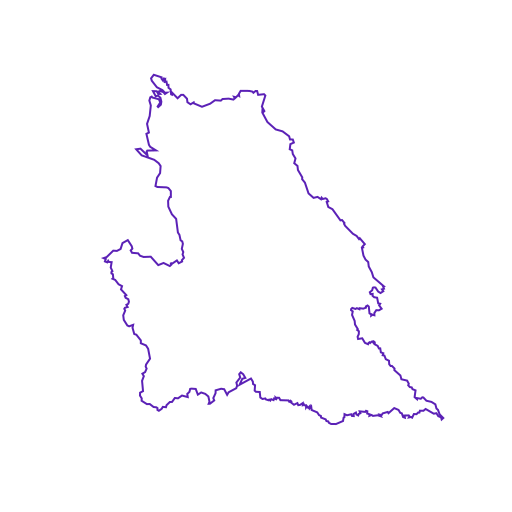 outline of Bago, Bago, Myanmar, rotated 168°
{"feature_id": "60261553B52408869304596", "entity_name": "Bago", "entity_type": "district", "adm_level": 2, "iso_a3": "MMR", "parent_name": "Myanmar", "parent_adm1": "Bago", "projection": "orthographic", "projection_center": [96.537, 17.659], "detail": "fine", "context": "isolated", "style": "outline", "palette": "violet", "viewbox_px": 512, "rotation_deg": 168, "n_neighbors": 0, "source": "geoboundaries", "source_scale": "gbopen_adm2", "svg_char_len": 6075}
<svg xmlns="http://www.w3.org/2000/svg" viewBox="0 0 512 512"><g transform="rotate(168 256 256)"><path d="M383.2,124.8L380.1,126.1L378.5,127.8L375.5,126.8L374.5,128.7L370.6,131.1L368.5,130.7L364.9,134.0L361.9,133.0L357.4,134.9L352.1,132.2L351.9,135.4L349.4,136.9L348.0,139.7L346.8,139.7L342.6,138.5L341.7,132.5L338.0,133.9L334.3,131.7L331.8,128.5L331.8,123.2L333.0,121.3L331.7,121.1L326.9,123.4L327.3,125.9L324.1,130.2L323.4,133.0L317.7,133.4L314.8,132.3L313.1,126.2L311.1,128.4L302.8,130.8L301.4,133.2L301.5,136.3L296.7,140.4L297.0,143.9L295.1,145.4L293.1,143.0L291.8,139.0L295.0,138.7L298.8,133.5L286.4,137.2L285.2,133.8L285.5,131.4L283.8,129.8L285.3,124.6L284.3,123.2L280.6,122.2L281.2,116.7L279.4,114.8L276.5,114.7L276.2,113.7L273.8,112.3L273.0,112.8L272.1,111.6L270.9,112.8L268.8,111.4L267.9,112.9L266.5,112.0L266.3,113.5L265.5,112.3L265.0,113.0L262.9,112.5L262.1,109.9L254.3,108.0L253.8,106.6L252.4,107.3L251.7,106.4L252.4,105.7L249.8,102.6L246.1,103.5L245.7,101.3L243.9,101.2L240.8,102.4L241.2,100.6L240.1,101.1L239.9,100.0L238.1,99.6L238.5,97.4L237.4,98.4L236.5,96.6L234.7,97.9L235.0,96.0L233.3,97.3L233.6,93.8L228.6,90.3L227.4,87.2L225.8,86.1L225.9,84.4L221.8,81.7L221.4,79.9L219.7,79.2L219.4,77.7L217.5,76.1L212.7,75.0L205.2,76.5L203.9,79.7L203.0,80.0L202.3,82.9L200.1,81.3L195.8,81.4L195.4,79.6L193.7,79.1L193.5,81.2L190.8,82.1L190.7,80.1L189.2,78.8L188.3,80.2L186.6,80.5L186.9,82.5L181.6,80.8L180.6,81.7L179.4,81.0L180.0,78.8L177.7,77.5L178.3,76.1L176.0,76.5L174.9,75.3L170.1,74.9L167.3,73.3L168.0,75.1L166.2,74.3L164.8,75.7L159.6,76.1L159.1,74.7L152.4,78.5L148.6,75.8L147.5,72.6L146.1,71.8L145.6,67.9L144.0,66.9L143.9,69.1L139.7,68.3L139.2,67.3L140.0,66.3L137.8,66.3L136.9,65.4L134.4,68.6L131.9,67.9L129.9,69.2L128.7,68.9L127.8,70.6L124.4,69.8L121.9,71.1L114.9,64.8L112.2,64.7L111.0,61.4L108.5,59.7L108.4,57.5L106.5,58.6L109.3,62.9L110.0,67.7L111.2,69.3L111.4,73.6L114.7,76.8L119.4,79.0L121.7,82.8L122.7,83.2L124.5,82.1L128.0,83.5L128.3,82.5L130.2,85.0L127.9,91.4L130.6,93.2L131.0,95.1L132.8,95.8L134.0,97.9L133.1,99.3L134.1,102.7L139.4,105.2L139.6,109.1L144.4,115.6L143.9,117.1L145.9,120.2L147.2,120.4L148.2,122.4L147.7,125.9L150.5,128.1L151.1,131.9L152.7,132.6L151.7,134.4L153.9,135.8L153.7,139.8L155.0,140.0L155.7,142.8L158.4,145.1L158.9,146.1L158.0,145.9L157.8,146.9L158.8,148.2L160.7,148.2L162.4,147.2L162.9,148.0L163.9,147.6L164.7,146.4L167.5,148.4L169.2,153.4L173.4,153.6L173.4,155.9L171.7,158.2L171.0,161.0L172.4,162.6L171.6,163.3L173.4,168.4L173.0,172.0L174.3,178.4L172.9,181.7L174.3,183.3L174.0,184.3L172.6,185.2L169.7,183.5L168.2,184.0L165.9,182.4L165.5,183.4L162.0,182.2L159.2,182.6L159.0,183.8L157.2,184.4L156.2,183.1L156.9,176.3L155.7,175.1L155.0,175.9L155.7,173.7L154.3,174.3L152.5,173.4L152.1,175.6L149.6,178.0L147.1,177.3L144.1,178.3L145.8,182.1L144.5,183.5L146.3,184.3L146.2,190.0L149.0,191.1L150.3,192.9L149.8,194.7L151.9,194.9L152.2,196.9L149.5,198.3L148.3,200.7L147.1,200.8L145.7,200.3L143.9,195.8L141.9,193.9L138.8,195.1L139.7,197.2L137.6,197.4L138.0,199.6L137.2,199.7L145.6,210.7L146.1,216.1L147.9,222.3L147.5,226.8L149.6,229.7L150.8,234.0L150.7,242.0L149.5,242.1L149.9,243.1L147.1,245.0L150.8,251.8L151.7,251.1L153.4,254.7L156.6,257.6L162.5,266.9L163.2,269.2L162.6,269.9L164.4,273.3L166.0,273.3L171.5,285.9L175.1,288.9L175.6,294.2L174.1,294.4L174.8,296.9L175.9,298.0L178.9,297.9L179.7,299.4L180.6,298.0L183.5,301.0L187.6,300.9L191.6,306.3L192.9,317.6L194.9,321.5L194.4,323.3L197.1,331.4L196.7,335.5L199.3,338.8L197.1,343.2L198.8,348.1L198.6,351.8L200.8,353.4L199.1,358.3L195.4,359.1L195.8,362.3L198.5,362.9L198.7,366.2L204.1,372.4L210.4,375.7L217.0,384.7L220.0,395.0L219.6,396.5L219.0,395.2L217.7,396.0L219.2,400.9L213.5,411.0L214.5,412.6L220.4,413.2L220.6,417.1L222.1,417.5L224.6,416.2L225.3,417.5L228.3,418.9L236.7,420.7L239.0,418.2L239.2,416.0L240.2,417.0L242.5,415.4L244.4,416.3L243.9,414.6L245.6,413.7L250.0,415.6L256.1,416.5L258.1,415.3L263.7,416.9L269.2,414.5L277.8,413.2L285.0,418.2L285.0,419.2L288.5,418.0L291.1,420.7L290.8,424.2L293.6,428.7L295.7,429.2L299.9,426.6L303.9,432.9L304.6,431.2L305.4,431.8L304.9,436.7L306.6,438.7L306.1,441.6L307.4,441.8L307.3,445.2L308.8,445.2L308.1,447.8L309.2,447.4L308.9,449.5L310.5,446.8L311.6,449.2L311.2,450.4L318.3,454.5L321.7,451.6L321.5,449.1L317.9,441.7L313.0,437.7L311.1,434.6L309.2,434.3L311.4,433.4L312.5,435.5L315.5,437.4L317.6,437.0L316.0,434.5L317.9,434.8L318.9,437.8L322.5,438.7L320.9,433.2L318.5,433.2L316.6,430.7L316.5,426.6L317.6,423.8L320.7,422.0L321.1,422.7L317.7,426.1L318.4,429.5L324.5,432.6L324.9,433.6L326.4,433.2L328.0,430.2L327.6,425.1L330.9,415.0L335.1,407.9L335.1,399.0L337.8,398.3L337.6,387.0L336.8,384.8L331.9,380.1L340.4,381.7L341.2,381.0L341.2,376.9L346.7,385.0L351.0,385.3L346.9,378.2L335.6,371.3L331.9,367.0L330.6,363.8L332.6,357.0L336.5,353.2L339.8,345.3L338.1,344.0L329.2,341.7L327.6,340.7L325.8,337.2L327.0,331.5L327.9,331.7L330.5,328.3L331.5,322.5L329.6,314.3L326.4,308.9L327.5,295.2L326.5,292.6L326.5,287.1L325.1,285.6L325.0,283.1L327.1,278.4L326.3,275.0L327.5,272.8L326.8,269.2L329.4,267.3L329.4,266.0L333.1,265.0L334.3,268.1L340.0,265.8L340.9,267.2L340.7,265.1L342.4,264.1L347.9,268.4L353.5,267.4L359.1,277.2L366.1,278.4L369.4,280.4L370.7,283.1L376.6,284.9L377.4,287.5L375.4,288.9L375.5,291.4L378.1,298.2L383.9,296.4L387.0,291.0L391.0,289.9L394.5,290.9L402.3,286.0L405.5,285.6L403.6,284.2L404.9,282.1L402.8,280.7L401.6,282.0L401.2,280.8L398.5,280.0L400.5,274.9L399.6,271.0L400.8,270.3L401.0,269.0L399.8,267.9L400.2,264.1L401.1,263.6L398.7,261.9L396.3,256.9L393.3,254.4L395.0,251.4L391.0,244.7L392.6,244.1L392.2,242.2L389.9,240.3L389.8,237.7L390.9,235.8L392.9,235.2L392.2,232.8L395.0,232.6L395.8,231.7L395.3,229.8L398.2,225.6L398.6,221.0L396.3,214.8L394.7,213.6L390.5,214.2L391.7,211.5L391.3,205.0L389.4,203.9L386.2,197.4L386.8,194.6L382.2,191.4L380.8,187.7L381.0,177.6L386.1,172.7L386.9,170.8L386.4,168.6L388.6,165.5L391.6,164.5L390.7,161.8L393.4,157.6L394.6,147.3L397.8,146.4L398.5,143.6L397.4,140.5L398.0,138.2L393.5,133.8L390.7,133.3L387.6,129.6L384.9,128.7L384.0,127.7L384.4,125.9L383.2,124.8Z" fill="none" stroke="#5b21b6" stroke-width="2"/></g></svg>